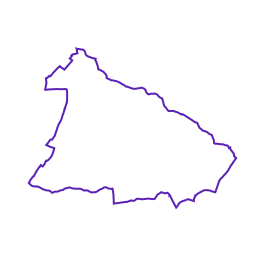 Bolbosi, Gorj, Romania, rotated 354°
{"feature_id": "2599482B55979442092240", "entity_name": "Bolbosi", "entity_type": "district", "adm_level": 2, "iso_a3": "ROU", "parent_name": "Romania", "parent_adm1": "Gorj", "projection": "equal_earth", "projection_center": [23.209, 44.74], "detail": "fine", "context": "isolated", "style": "outline", "palette": "violet", "viewbox_px": 256, "rotation_deg": 354, "n_neighbors": 0, "source": "geoboundaries", "source_scale": "gbopen_adm2", "svg_char_len": 5692}
<svg xmlns="http://www.w3.org/2000/svg" viewBox="0 0 256 256"><g transform="rotate(354 128 128)"><path d="M193.3,127.5L184.4,120.4L184.1,120.4L183.1,119.8L182.4,120.1L181.6,119.4L180.8,119.0L179.9,118.2L178.9,117.6L177.4,117.0L174.8,115.7L170.8,115.5L170.1,115.3L169.2,114.1L168.0,112.0L167.7,111.6L167.4,111.0L166.8,110.5L166.3,109.7L166.2,108.7L165.9,108.1L165.9,106.9L165.8,106.6L165.6,105.1L165.4,104.6L165.3,102.8L164.9,102.1L164.0,101.7L162.2,100.3L161.1,98.6L160.9,98.1L160.7,97.9L160.2,97.5L158.8,96.8L157.7,96.5L156.3,96.6L155.1,96.3L152.1,96.7L151.9,96.7L151.7,96.6L151.4,96.4L151.2,95.9L150.4,95.2L149.8,94.1L149.7,93.7L149.3,92.0L148.8,91.1L148.1,90.5L146.5,89.7L145.9,89.3L145.7,89.3L144.2,89.5L142.9,89.6L141.6,89.6L139.7,89.8L137.2,89.5L135.1,88.6L133.7,87.8L132.6,87.4L132.2,87.2L131.8,86.8L130.3,86.6L128.4,84.7L126.2,83.4L125.4,82.6L124.2,81.9L123.3,81.2L122.6,80.8L121.5,80.3L119.9,79.8L118.4,79.2L117.7,79.0L116.1,78.7L114.9,77.8L112.1,76.2L111.9,75.9L111.9,75.7L112.3,74.3L112.0,73.3L111.3,72.0L110.0,70.4L109.7,69.8L108.7,69.0L106.5,67.6L106.0,67.1L104.9,66.8L104.6,66.4L104.5,65.7L104.5,64.3L103.9,61.1L103.4,59.3L103.3,58.5L102.9,57.7L102.5,57.1L102.6,56.7L103.1,55.8L102.0,55.3L100.3,54.9L99.0,54.3L95.8,52.6L94.6,51.8L94.1,51.2L93.7,50.6L93.5,49.4L93.4,48.6L93.2,47.7L92.6,46.5L92.3,46.0L92.0,45.8L91.4,45.5L90.9,45.2L89.5,45.0L88.2,44.5L86.1,44.0L85.4,44.0L85.1,43.8L85.3,46.6L85.5,47.9L85.5,48.0L85.5,48.3L85.0,48.2L83.8,48.8L83.1,48.8L82.0,49.0L81.3,48.8L81.1,48.9L80.7,49.2L80.1,49.3L79.9,49.4L79.6,49.6L79.4,49.9L79.8,50.1L79.6,50.7L78.8,51.5L77.4,52.8L78.1,53.5L79.5,54.8L79.6,55.1L70.8,63.3L69.0,61.6L68.6,61.4L67.6,60.5L66.9,59.7L66.6,59.9L66.3,59.5L64.8,60.8L64.1,61.2L60.5,64.4L59.5,65.0L57.9,66.9L56.7,67.6L56.6,67.8L56.6,68.1L56.2,68.4L55.9,68.5L55.4,68.3L55.1,68.4L54.6,68.2L54.5,68.5L54.2,68.8L53.9,68.9L53.7,69.2L53.1,69.5L52.7,69.8L51.8,69.8L51.5,70.0L51.5,70.7L51.6,71.2L51.6,72.7L51.5,74.0L51.7,74.5L50.8,77.2L50.5,78.3L49.6,81.2L50.3,81.4L54.1,81.4L55.9,81.5L56.4,81.7L58.4,81.6L61.7,81.9L65.8,82.5L67.3,82.5L67.5,82.6L69.9,82.7L70.8,83.0L70.9,83.3L70.9,83.7L71.0,83.9L71.2,84.0L71.2,86.0L70.6,91.7L70.3,94.1L70.0,95.2L70.0,95.9L69.9,95.9L69.5,96.9L68.8,98.5L68.3,99.6L67.4,101.4L67.0,102.0L67.3,102.1L65.8,105.3L65.3,106.8L64.7,107.6L63.9,109.4L63.8,109.8L62.4,112.9L61.1,115.0L59.9,116.4L59.4,117.3L58.2,119.4L57.2,121.9L55.5,125.4L54.9,126.9L54.4,128.0L54.1,128.4L53.8,128.5L52.9,129.7L51.3,131.6L51.1,131.5L49.4,131.6L46.8,134.5L46.1,135.3L45.2,136.0L44.9,136.4L46.3,137.1L46.9,137.5L49.2,138.9L51.4,139.8L52.5,140.2L52.6,140.4L52.0,142.0L51.0,144.4L49.8,146.7L48.9,148.2L47.8,149.4L45.5,151.4L45.1,151.7L44.2,152.0L43.8,152.3L43.6,152.3L43.1,152.0L42.7,152.6L42.3,153.1L41.4,154.8L40.9,155.5L39.2,157.3L38.9,157.1L38.0,156.1L37.4,155.7L36.2,157.4L35.8,157.4L34.3,159.2L33.4,160.2L32.7,161.2L31.8,162.3L31.4,163.0L29.4,166.0L28.6,166.2L25.8,169.2L25.3,169.8L24.7,171.0L23.6,172.2L25.1,174.2L26.0,175.2L27.0,175.8L27.8,176.1L29.6,176.4L30.6,176.7L31.4,176.8L31.3,176.4L31.1,176.2L32.1,176.8L33.7,177.6L34.3,178.1L35.1,178.6L35.8,179.2L37.8,180.4L40.3,181.5L41.2,181.7L42.1,181.8L42.9,182.0L44.3,182.9L44.6,183.2L45.4,184.3L45.8,184.5L46.5,184.4L48.3,183.7L51.5,183.9L53.0,183.4L53.6,183.1L56.1,182.9L57.4,182.6L58.0,182.1L58.7,181.7L59.6,181.6L60.5,181.5L61.5,181.2L62.2,181.2L63.0,181.0L64.2,181.1L65.5,181.9L67.9,182.7L70.2,182.9L71.5,183.2L73.1,183.2L74.4,183.5L74.9,183.7L75.7,184.3L76.8,184.9L77.8,185.6L78.2,185.7L79.7,185.6L80.7,185.7L80.9,185.8L81.6,186.1L82.6,186.9L83.5,187.4L84.3,188.0L84.7,188.2L84.9,188.2L86.6,188.3L87.5,188.4L88.9,188.4L91.2,187.7L92.1,187.1L93.6,186.4L94.3,186.1L95.9,185.7L97.7,184.7L98.2,184.6L100.1,184.7L100.6,185.0L101.6,185.8L102.8,186.3L104.5,186.7L104.8,186.8L106.2,186.6L106.3,186.8L106.3,188.1L106.5,189.7L106.5,192.0L106.6,192.6L106.0,201.7L118.1,201.3L119.6,201.4L121.8,200.7L122.7,200.7L123.5,200.3L124.9,200.9L126.5,201.0L128.1,200.2L128.5,199.8L129.3,199.4L129.6,199.4L131.3,199.5L133.4,200.1L135.0,200.4L136.9,200.4L139.4,200.3L140.5,200.3L141.8,200.5L144.0,201.1L145.0,201.3L146.8,201.3L147.5,201.1L147.6,200.9L148.7,199.4L149.4,198.6L149.7,198.0L150.4,197.3L152.8,196.2L154.4,195.3L156.0,196.0L157.0,196.6L157.9,196.8L160.6,196.5L162.4,198.9L162.3,199.2L162.5,199.1L164.8,205.3L167.6,212.2L168.7,211.2L169.3,210.5L170.8,208.5L171.2,208.0L172.0,207.5L174.0,206.6L175.4,206.3L177.8,205.8L179.9,205.1L180.4,205.1L185.9,207.5L186.0,206.1L186.6,204.9L187.1,203.5L187.3,203.3L187.7,203.2L187.7,202.8L187.8,202.5L187.9,202.0L189.0,201.7L189.6,201.2L191.3,200.2L192.4,199.8L193.3,199.3L194.2,199.1L196.8,198.0L197.8,197.9L198.3,197.9L199.6,198.0L202.5,198.6L203.3,198.9L204.5,199.7L208.1,201.0L211.0,194.9L212.8,190.9L213.2,190.2L213.7,189.6L214.1,189.0L214.6,188.4L217.3,186.3L218.4,185.1L219.1,184.6L219.8,184.1L222.7,181.2L224.6,178.7L225.4,177.5L225.8,176.9L226.9,175.6L228.0,174.5L228.9,173.2L230.2,171.8L230.7,171.2L232.4,169.2L231.0,167.6L230.8,167.1L230.5,166.3L230.7,166.0L230.7,165.9L230.7,165.5L230.5,164.5L229.2,162.5L229.0,162.0L228.0,160.7L227.8,160.2L227.6,159.8L227.6,159.3L227.6,158.1L227.2,158.2L227.0,158.6L226.4,158.6L225.9,157.4L225.7,156.5L225.2,156.0L224.6,155.6L223.1,155.4L222.8,155.3L221.7,154.6L220.6,154.1L218.2,153.8L217.7,153.6L216.8,153.5L215.0,152.9L213.7,152.9L212.3,152.4L212.1,152.1L212.0,151.8L212.1,149.2L212.0,148.5L211.4,146.9L211.2,146.1L210.7,143.8L208.4,142.5L207.0,141.2L206.7,140.7L205.8,140.0L205.2,139.7L203.9,139.2L202.6,138.6L201.6,137.9L200.7,136.8L199.3,135.5L198.9,134.8L198.8,134.5L198.5,133.3L197.9,132.1L197.6,130.7L197.5,130.2L196.7,129.7L195.6,129.4L194.7,128.9L193.7,128.0L193.3,127.5Z" fill="none" stroke="#5b21b6" stroke-width="2"/></g></svg>